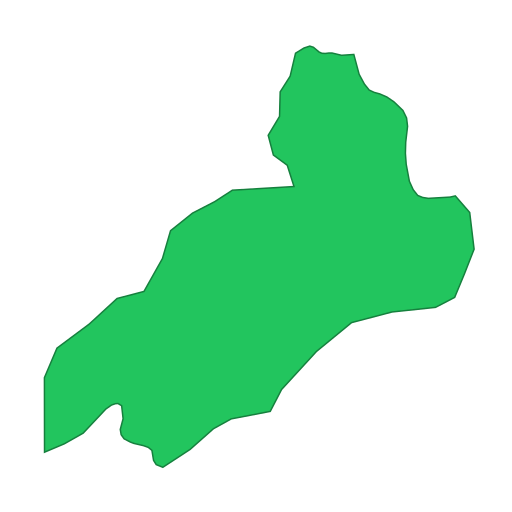 map outline of Dalaba (Albers equal-area conic projection), rotated 358°
{"feature_id": "GIN-5633", "entity_name": "Dalaba", "entity_type": "Prefecture", "adm_level": 1, "iso_a3": "GIN", "parent_name": "Guinea", "parent_adm1": "", "projection": "albers", "projection_center": [-12.181, 10.899], "detail": "fine", "context": "isolated", "style": "filled", "palette": "green", "viewbox_px": 512, "rotation_deg": 358, "n_neighbors": 0, "source": "natural_earth", "source_scale": "10m", "svg_char_len": 1130}
<svg xmlns="http://www.w3.org/2000/svg" viewBox="0 0 512 512"><g transform="rotate(358 256 256)"><path d="M360.8,58.0L365.4,78.0L370.3,87.9L374.9,94.1L379.8,96.6L385.3,98.3L392.4,101.7L399.4,106.9L407.9,115.7L411.3,123.3L412.0,131.7L409.6,147.5L408.9,158.6L409.3,169.5L411.9,186.7L415.4,195.2L419.7,201.1L424.6,203.3L430.3,204.4L452.0,203.9L457.3,202.9L471.1,220.0L474.2,256.8L463.6,281.3L453.1,304.3L433.6,313.6L389.9,316.7L349.2,325.9L313.1,353.5L276.9,390.3L264.8,411.8L225.6,417.9L207.5,427.1L183.4,447.0L155.5,463.9L149.0,461.0L146.5,456.7L145.2,446.6L141.7,443.5L136.9,441.6L127.3,439.0L123.8,437.5L117.8,434.1L115.0,429.9L114.3,424.6L117.5,414.0L116.5,400.9L112.9,398.6L110.3,398.7L106.4,399.9L100.7,403.6L77.1,427.0L57.9,437.0L37.8,444.7L40.3,370.2L53.9,341.1L87.1,318.1L115.7,293.6L142.8,287.5L162.4,255.3L171.5,227.7L194.1,210.9L216.7,200.2L234.7,189.4L296.4,187.9L290.4,166.4L276.9,155.7L272.4,135.8L284.4,117.3L285.9,92.8L296.4,77.5L302.6,54.7L311.2,49.8L317.1,48.1L320.7,49.4L326.1,54.3L328.9,55.7L332.3,56.0L335.8,55.7L339.1,55.8L348.5,58.4L360.8,58.0Z" fill="#22c55e" stroke="#15803d" stroke-width="1.5"/></g></svg>